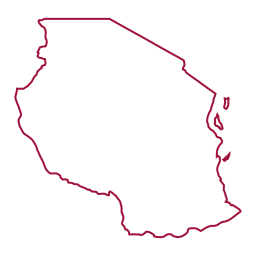 map outline of United Republic of Tanzania (Mercator projection)
{"feature_id": "TZA", "entity_name": "United Republic of Tanzania", "entity_type": "country or territory", "adm_level": 0, "iso_a3": "TZA", "parent_name": "Africa", "parent_adm1": "", "projection": "mercator", "projection_center": [35.057, -6.356], "detail": "fine", "context": "isolated", "style": "outline", "palette": "rose", "viewbox_px": 256, "rotation_deg": 0, "n_neighbors": 0, "source": "natural_earth", "source_scale": "50m", "svg_char_len": 4357}
<svg xmlns="http://www.w3.org/2000/svg" viewBox="0 0 256 256"><path d="M88.1,189.7L86.9,189.2L84.8,188.0L81.8,186.9L79.3,185.8L78.2,184.6L75.9,184.2L74.0,184.0L72.1,182.9L70.2,182.8L68.3,182.5L67.9,181.8L67.8,180.2L67.2,179.8L65.8,179.4L64.3,179.4L63.4,179.6L62.9,179.5L61.7,178.6L60.5,177.4L60.1,175.5L58.3,174.3L56.4,173.4L50.8,173.5L49.9,173.2L48.6,172.2L47.1,170.6L45.8,168.8L44.7,166.4L44.2,164.9L43.6,163.1L42.3,160.4L40.3,156.5L38.9,153.3L37.3,149.9L36.6,147.5L35.4,144.7L33.3,141.3L32.3,140.0L31.2,138.8L28.3,136.5L25.0,134.3L23.2,132.7L20.8,128.2L19.8,126.6L19.1,123.7L18.5,120.7L18.7,119.5L20.9,115.6L21.1,114.6L20.8,113.1L19.8,110.0L19.0,108.0L18.5,106.3L17.3,103.5L15.8,99.5L15.4,97.8L15.4,96.5L16.3,93.2L17.0,89.7L17.0,88.7L23.3,88.8L24.4,88.1L28.0,85.8L32.0,81.3L32.8,79.5L34.5,76.6L36.1,75.1L36.7,74.1L37.1,72.6L37.6,71.3L39.8,69.3L41.8,67.8L41.7,67.2L41.4,66.8L41.7,66.4L42.8,65.6L45.0,64.9L45.5,63.4L45.4,61.7L45.1,60.7L45.2,59.6L44.8,59.0L43.4,58.9L41.3,58.0L39.5,57.7L38.3,57.2L37.8,56.8L37.6,55.8L38.0,54.7L38.2,54.3L38.6,53.1L37.8,52.4L37.6,52.1L38.0,51.5L39.8,47.7L40.2,47.2L41.0,47.1L42.3,46.7L43.5,46.4L44.5,46.6L45.2,46.4L45.8,45.9L46.3,44.5L46.8,42.0L46.5,40.0L45.6,38.4L45.4,36.1L45.8,32.9L45.5,30.3L44.5,28.1L43.4,26.9L41.8,26.3L39.3,23.1L38.6,21.5L38.7,20.5L39.4,20.2L39.6,20.1L41.1,20.3L42.6,19.9L44.0,19.0L45.4,18.8L45.7,18.8L46.1,18.9L48.2,18.9L51.8,18.9L55.4,18.9L59.0,18.9L62.6,18.9L66.2,18.9L69.8,18.9L73.4,18.9L77.0,18.9L80.6,18.9L84.2,18.9L87.8,18.9L91.4,18.9L95.0,18.9L98.6,18.9L102.2,18.9L105.8,18.9L108.0,18.9L109.5,18.9L111.0,19.7L112.6,20.6L116.9,23.0L121.2,25.4L125.5,27.8L129.8,30.2L134.1,32.6L138.5,35.0L142.8,37.4L147.1,39.8L151.4,42.2L155.7,44.7L160.0,47.1L164.3,49.5L168.6,51.9L172.9,54.3L177.3,56.7L181.6,59.1L183.6,60.3L183.9,60.8L184.3,62.9L184.5,64.3L184.4,65.5L183.2,67.6L182.9,68.7L182.9,69.4L183.2,69.7L184.1,69.8L185.0,70.3L185.3,70.7L185.9,72.2L186.7,73.0L188.5,74.3L191.6,76.6L194.8,78.8L197.9,81.0L201.0,83.3L204.1,85.5L207.2,87.8L210.3,90.0L213.4,92.2L214.9,93.3L215.5,93.6L215.1,95.3L213.5,99.5L213.4,101.2L212.8,103.2L212.2,104.6L210.6,110.4L209.2,112.6L207.4,117.7L207.1,121.6L208.1,124.4L208.5,126.9L210.7,129.5L212.4,130.4L213.6,131.5L215.7,134.1L216.9,136.8L220.6,138.1L222.1,141.0L221.5,143.1L219.8,144.8L218.2,147.5L216.9,151.1L216.8,156.6L217.7,155.8L219.7,157.1L220.0,161.2L217.9,165.9L217.3,168.1L217.2,170.0L218.7,175.7L220.9,178.6L220.8,179.5L220.2,180.2L224.0,185.3L223.7,189.8L225.1,193.2L225.8,196.3L226.7,198.6L226.9,200.1L225.7,201.9L228.5,202.4L230.2,203.8L230.9,205.2L233.0,205.1L234.1,206.1L235.6,206.8L239.1,209.2L240.1,210.3L240.4,211.0L240.6,211.4L238.3,213.2L234.6,216.0L231.0,218.8L227.6,220.7L225.1,221.5L222.4,222.0L219.9,223.2L217.5,225.0L214.5,225.9L210.8,225.9L206.9,227.2L203.0,229.6L200.8,231.0L197.2,228.9L194.4,228.2L191.2,228.3L189.2,228.5L188.5,229.0L187.9,230.3L187.4,232.4L185.3,234.4L181.6,236.4L178.1,237.1L175.0,236.6L172.9,235.8L171.8,234.7L170.2,234.2L168.0,234.2L166.0,235.1L164.0,236.6L160.9,237.2L156.6,237.0L154.2,236.3L153.9,235.0L152.0,233.5L148.6,231.8L146.0,231.8L144.4,233.4L142.9,234.5L141.6,234.9L140.4,234.9L139.3,234.6L138.6,234.5L133.8,234.3L129.3,234.4L129.2,233.7L128.9,232.0L127.9,230.6L127.1,229.7L126.1,229.5L125.6,229.5L125.1,228.8L124.6,227.4L123.9,226.1L122.8,225.1L122.2,224.1L122.0,223.2L122.2,222.3L123.1,219.8L123.4,218.2L123.3,216.5L122.8,214.8L121.7,212.7L121.9,212.1L121.5,210.7L121.5,209.7L121.7,208.5L121.5,206.9L120.5,203.4L120.5,202.5L119.6,200.8L116.6,196.9L116.4,196.4L111.7,192.4L109.8,191.5L109.2,192.3L108.9,193.0L109.1,194.3L109.0,194.9L108.8,195.2L107.7,195.1L107.0,195.0L105.2,193.9L103.8,193.7L100.4,193.8L99.2,194.1L98.2,193.9L96.4,192.0L94.3,191.6L92.3,191.6L89.2,189.5L88.4,189.6L88.1,189.7ZM221.1,123.7L222.6,128.1L222.4,128.9L221.3,129.4L220.8,129.4L220.1,128.7L219.6,127.3L218.8,127.6L217.4,125.9L216.0,125.8L214.7,123.7L215.2,121.9L214.9,118.8L216.4,117.2L217.3,114.5L218.3,116.4L218.5,119.2L219.8,122.5L220.9,123.6L221.1,123.7ZM228.5,98.0L228.7,99.0L228.3,100.0L228.4,103.0L228.3,105.1L227.1,107.9L226.2,108.9L225.4,108.6L224.7,108.1L224.1,107.4L225.2,102.2L224.7,98.4L226.8,98.8L228.5,98.0ZM225.4,160.5L224.3,160.8L223.9,160.5L223.2,159.6L224.4,158.9L225.5,157.5L228.2,155.4L229.1,154.1L229.4,153.8L229.2,155.4L227.7,158.9L226.4,159.1L225.4,160.5Z" fill="none" stroke="#9f1239" stroke-width="2"/></svg>